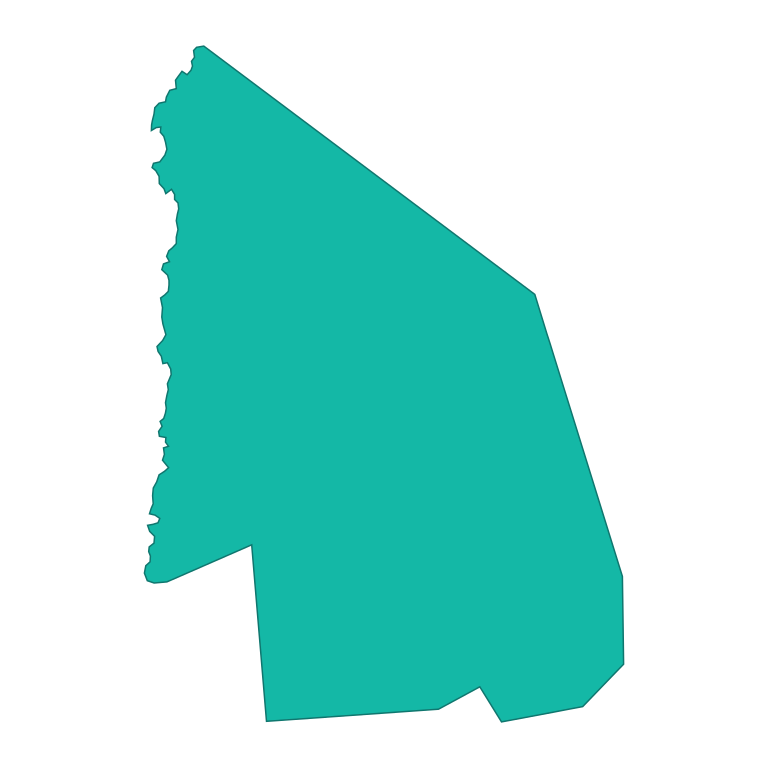 the district of Eliseu Martins, Piauí, Brazil
{"feature_id": "56859067B35867854530828", "entity_name": "Eliseu Martins", "entity_type": "district", "adm_level": 2, "iso_a3": "BRA", "parent_name": "Brazil", "parent_adm1": "Piauí", "projection": "orthographic", "projection_center": [-43.764, -7.941], "detail": "fine", "context": "isolated", "style": "filled", "palette": "teal", "viewbox_px": 768, "rotation_deg": 0, "n_neighbors": 0, "source": "geoboundaries", "source_scale": "gbopen_adm2", "svg_char_len": 1666}
<svg xmlns="http://www.w3.org/2000/svg" viewBox="0 0 768 768"><path d="M163.5,447.9L164.4,454.4L162.5,460.2L168.6,467.7L164.4,471.4L159.1,474.8L156.7,481.9L153.3,488.0L152.6,495.7L153.2,503.8L151.2,508.4L149.5,513.8L155.0,515.1L159.8,518.4L158.0,522.8L153.1,524.3L147.6,525.3L149.7,531.4L154.6,536.3L154.0,543.1L149.2,546.9L148.7,551.6L150.4,556.0L150.1,561.8L145.8,565.7L144.4,573.1L147.3,580.7L154.1,583.0L166.9,581.9L251.7,544.8L266.5,721.3L438.5,709.2L479.8,686.8L501.5,721.9L554.8,711.9L565.6,709.8L582.7,706.6L610.9,677.3L623.6,664.2L622.4,576.4L554.0,356.3L550.1,343.7L546.8,333.5L534.8,294.4L203.8,46.1L196.6,47.3L193.6,50.5L194.5,57.3L191.5,61.3L192.5,66.1L191.0,70.3L187.1,74.7L182.0,71.3L178.3,76.3L175.5,80.2L176.3,88.6L169.8,90.3L166.4,97.0L165.5,101.8L159.1,103.2L154.8,107.7L154.0,114.1L152.4,120.5L151.6,124.9L151.4,130.5L156.2,127.6L160.8,127.0L160.3,132.2L163.8,136.3L165.5,142.1L166.9,149.3L164.9,155.1L159.8,161.9L153.5,163.3L152.1,167.6L155.8,170.7L159.1,176.4L159.3,183.6L164.0,188.7L165.8,193.6L171.5,189.3L174.6,194.4L174.6,199.5L178.0,202.9L178.7,208.9L177.4,214.1L176.3,220.7L178.0,229.5L176.3,237.1L176.3,243.6L172.4,247.8L168.8,250.8L166.6,256.4L169.5,261.7L163.5,263.9L161.8,269.7L167.6,275.1L169.0,280.4L169.0,285.1L168.3,291.4L164.7,295.0L160.6,298.0L162.5,307.6L161.8,317.0L162.9,323.9L165.9,334.7L162.6,340.6L157.0,346.5L158.1,351.5L161.3,356.2L162.9,363.6L167.4,362.7L170.7,369.0L171.2,374.6L167.4,383.8L168.3,389.7L166.9,395.3L165.5,402.7L166.3,408.2L165.4,413.3L163.7,418.5L160.1,421.4L162.1,426.3L158.6,431.4L159.4,436.3L165.9,437.5L165.5,442.1L168.5,446.3L163.5,447.9Z" fill="#14b8a6" stroke="#0f766e" stroke-width="1.5"/></svg>